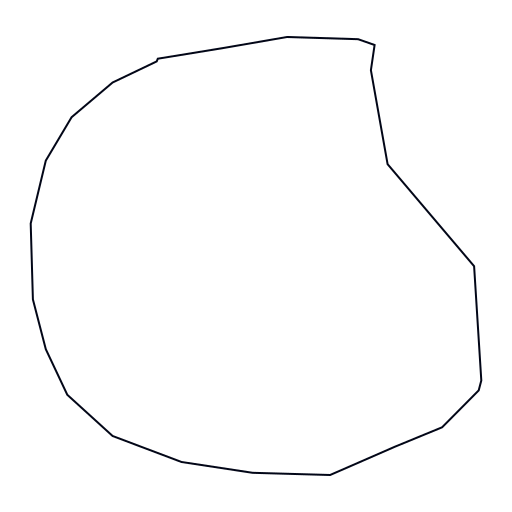 the district of Mongwalu, Orientale, Democratic Republic of the Congo
{"feature_id": "63176286B9060730940258", "entity_name": "Mongwalu", "entity_type": "district", "adm_level": 2, "iso_a3": "COD", "parent_name": "Democratic Republic of the Congo", "parent_adm1": "Orientale", "projection": "mercator", "projection_center": [30.235, 1.818], "detail": "fine", "context": "isolated", "style": "outline", "palette": "ink", "viewbox_px": 512, "rotation_deg": 0, "n_neighbors": 0, "source": "geoboundaries", "source_scale": "gbopen_adm2", "svg_char_len": 413}
<svg xmlns="http://www.w3.org/2000/svg" viewBox="0 0 512 512"><path d="M252.6,472.8L330.1,475.0L394.7,446.8L442.1,427.3L478.7,390.4L481.3,380.5L474.1,266.2L387.6,164.2L370.9,70.2L374.6,45.0L358.1,39.2L287.0,37.0L224.6,47.8L157.8,58.7L156.7,61.4L112.6,82.5L71.6,117.2L45.8,160.6L30.7,223.5L32.9,299.4L45.8,349.2L67.3,394.8L112.6,436.0L181.5,462.0L252.6,472.8Z" fill="none" stroke="#020617" stroke-width="2"/></svg>